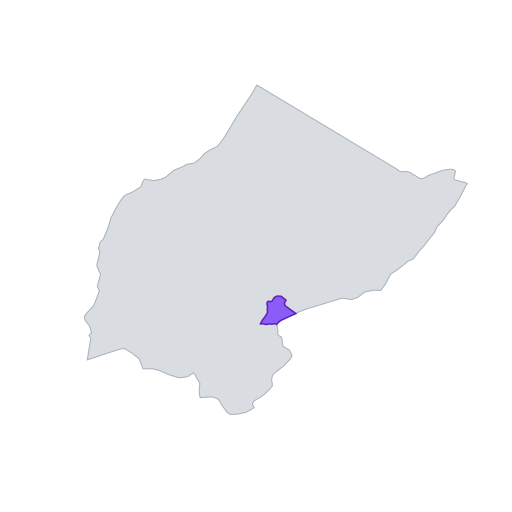 Uganda, with Buliisa highlighted, rotated 211°
{"feature_id": "UGA-3082", "entity_name": "Buliisa", "entity_type": "County", "adm_level": 1, "iso_a3": "UGA", "parent_name": "Uganda", "parent_adm1": "", "projection": "natural_earth1", "projection_center": [31.416, 2.001], "detail": "fine", "context": "in_parent", "style": "filled", "palette": "violet", "viewbox_px": 512, "rotation_deg": 211, "n_neighbors": 0, "source": "natural_earth", "source_scale": "10m", "svg_char_len": 2799}
<svg xmlns="http://www.w3.org/2000/svg" viewBox="0 0 512 512"><g transform="rotate(211 256 256)"><path d="M343.3,403.0L337.4,403.0L327.9,403.0L318.4,403.0L308.9,403.0L299.4,403.0L289.9,403.0L280.4,403.0L271.0,403.0L261.4,403.0L252.0,403.0L242.5,403.0L233.0,403.0L223.5,403.0L214.0,403.0L204.5,403.0L195.0,403.0L185.5,403.0L179.8,403.0L178.7,402.8L177.9,402.5L174.4,403.3L170.7,406.0L166.7,407.1L162.5,406.7L162.0,407.0L159.8,406.9L156.7,406.7L154.0,407.4L151.8,409.8L149.7,413.9L145.8,418.5L142.7,422.7L140.1,425.6L134.2,430.5L131.0,431.9L129.4,431.7L128.4,430.8L126.5,424.6L125.4,423.6L113.9,426.8L112.1,426.8L112.3,424.9L111.4,410.3L111.3,401.4L112.8,395.9L113.7,389.4L113.8,383.7L115.9,374.1L115.1,368.3L117.8,348.0L118.6,344.7L119.6,334.9L121.3,331.9L122.8,330.7L124.8,324.7L128.6,315.1L131.2,310.2L130.6,299.4L131.1,292.0L131.7,290.4L137.2,287.6L144.5,280.8L147.5,272.8L151.9,267.7L160.2,264.4L160.3,264.4L185.1,237.0L196.6,222.2L201.7,214.6L201.8,211.9L202.8,208.3L200.8,205.6L198.4,203.0L197.6,200.7L195.5,199.5L192.5,199.6L190.6,197.9L188.3,194.5L186.1,192.5L179.1,192.6L173.7,189.2L173.7,184.6L175.8,175.5L180.0,165.0L180.2,162.1L179.6,159.7L178.6,157.6L176.8,155.5L175.0,153.0L176.4,145.5L179.0,138.1L181.1,134.4L183.2,130.3L182.6,126.9L179.5,125.2L181.1,121.9L184.4,116.4L190.7,110.7L196.3,107.0L200.0,107.0L207.2,110.0L213.8,113.5L217.4,113.7L221.7,112.2L230.8,105.9L232.9,107.9L235.6,111.7L238.5,118.0L244.1,120.9L246.9,122.8L248.8,123.4L249.9,122.9L252.1,118.0L254.7,115.3L259.5,111.9L270.1,109.2L277.7,108.4L280.9,107.8L286.3,106.2L294.8,101.1L303.2,107.7L312.3,108.9L321.1,108.9L323.8,106.9L325.3,105.4L334.6,94.7L347.1,80.1L355.4,100.6L358.3,101.8L357.9,103.6L357.2,105.3L362.6,110.2L369.3,112.8L371.7,115.3L372.0,118.1L369.7,130.0L370.1,133.5L372.3,145.5L376.3,148.1L379.9,160.2L387.0,165.3L388.1,166.8L389.7,172.7L391.9,179.1L393.6,180.6L394.7,180.9L396.8,187.7L395.6,191.5L397.2,203.2L399.9,213.5L400.7,225.9L400.7,231.4L400.6,234.7L400.0,239.4L398.7,242.2L396.4,244.8L393.9,249.0L391.7,253.4L390.3,255.6L391.4,262.3L391.1,264.1L390.5,264.9L387.3,266.0L383.1,267.7L380.6,269.5L377.0,272.9L374.2,276.6L370.4,287.4L364.1,295.8L363.0,298.6L357.0,303.6L354.4,309.8L352.8,317.4L350.4,322.8L345.4,330.3L344.3,342.1L344.4,365.6L343.1,392.4L343.3,403.0Z" fill="#d9dde1" stroke="#a8b0b8" stroke-width="1"/><path d="M192.2,227.2L193.3,225.6L194.5,223.9L197.9,218.9L201.1,214.2L202.7,211.0L203.1,208.0L204.7,207.8L206.6,206.3L207.7,205.5L208.0,205.3L209.5,204.7L212.1,202.4L214.7,201.7L216.5,200.5L217.3,200.2L217.5,204.5L217.0,208.6L217.0,213.4L218.8,216.0L220.3,219.0L221.9,220.5L222.6,222.3L222.1,223.7L220.6,224.0L219.0,225.5L219.0,229.7L217.5,232.4L213.9,234.4L210.6,234.1L207.5,233.6L207.4,230.4L205.6,228.4L192.2,227.2Z" fill="#8b5cf6" stroke="#5b21b6" stroke-width="1.5"/></g></svg>